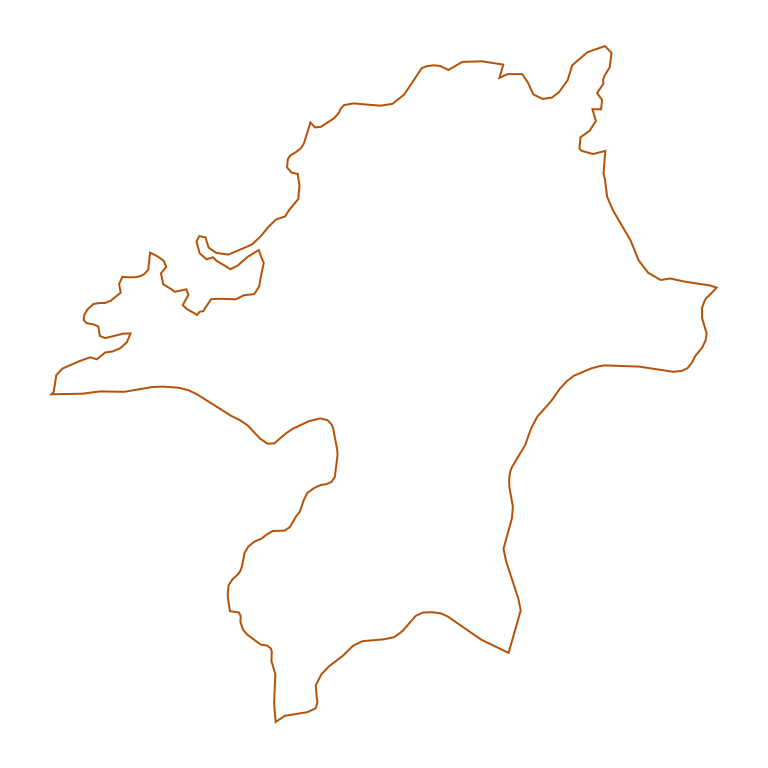 SVG path tracing the border of Fukuoka
{"feature_id": "JPN-1829", "entity_name": "Fukuoka", "entity_type": "Prefecture", "adm_level": 1, "iso_a3": "JPN", "parent_name": "Japan", "parent_adm1": "", "projection": "albers", "projection_center": [130.552, 33.473], "detail": "fine", "context": "isolated", "style": "outline", "palette": "amber", "viewbox_px": 768, "rotation_deg": 0, "n_neighbors": 0, "source": "natural_earth", "source_scale": "10m", "svg_char_len": 3393}
<svg xmlns="http://www.w3.org/2000/svg" viewBox="0 0 768 768"><path d="M51.4,394.3L53.7,391.8L56.3,375.1L62.4,368.6L80.0,360.9L90.2,357.3L96.7,359.3L102.9,354.4L105.1,352.5L112.5,351.5L120.3,348.2L126.9,342.2L130.5,333.5L123.5,333.6L105.2,338.1L99.8,335.9L98.4,326.5L93.4,324.4L86.4,323.1L83.7,319.9L84.2,315.1L87.4,309.5L93.5,304.0L99.3,303.0L104.9,303.0L110.8,300.7L120.7,292.6L119.1,284.1L122.4,276.8L128.7,277.3L135.1,277.2L140.1,276.3L144.2,274.1L148.2,269.9L150.1,252.6L157.2,256.2L163.6,260.7L166.3,266.9L160.9,273.3L163.3,284.3L171.3,289.2L174.8,291.8L186.4,289.3L188.4,295.0L182.7,305.1L187.1,309.2L194.1,313.1L196.9,315.0L199.7,311.7L203.3,311.2L205.5,307.6L211.2,299.1L219.7,298.8L235.6,299.3L244.1,295.2L254.3,294.1L259.2,286.4L260.9,276.2L263.8,262.8L261.4,257.5L258.8,250.0L247.7,256.8L237.6,265.7L230.4,269.2L223.2,264.7L216.7,261.0L213.0,257.3L206.5,259.3L199.6,253.2L196.5,241.4L199.3,236.1L205.4,237.4L208.6,247.6L216.3,252.9L228.5,254.6L251.9,244.5L260.8,236.2L268.3,227.0L276.0,219.5L285.1,216.4L289.3,209.8L298.2,199.1L299.5,185.9L297.7,173.9L291.4,172.6L287.0,167.3L287.9,158.9L290.7,155.1L295.1,152.7L300.8,148.4L304.0,143.2L310.4,122.5L315.0,127.4L321.0,126.8L334.1,118.2L338.9,112.8L340.8,108.4L344.1,105.1L353.5,103.4L380.4,105.7L392.4,103.9L404.3,94.4L421.6,68.4L426.1,66.3L433.4,65.3L440.1,65.9L448.3,70.0L462.3,61.9L481.8,61.3L503.3,64.6L499.4,77.8L507.7,74.1L522.2,74.1L527.8,82.4L533.3,94.4L542.5,98.9L551.9,97.6L559.0,92.2L567.7,80.0L572.2,65.3L587.6,52.1L604.9,46.1L611.5,52.8L609.7,67.3L604.6,75.6L603.1,79.8L603.4,83.8L597.1,93.0L602.1,100.1L601.0,109.3L592.4,109.2L594.4,115.9L595.9,121.0L592.3,126.5L589.7,130.7L580.5,137.2L579.6,146.2L579.5,148.8L582.0,151.0L593.1,154.0L605.3,150.9L603.5,173.8L604.9,178.9L607.1,196.7L612.9,210.2L630.7,240.7L638.6,260.3L648.2,272.8L660.6,280.0L670.3,278.5L685.1,281.7L709.6,285.4L716.6,287.6L713.3,291.3L706.0,298.4L704.4,301.4L702.0,307.8L702.1,318.0L706.7,333.8L705.6,340.3L702.2,347.5L695.3,356.0L692.0,362.5L687.7,368.0L682.1,370.8L673.4,371.8L639.0,366.6L604.7,365.4L599.4,366.2L591.2,368.4L574.0,375.7L566.9,381.1L559.8,388.8L551.4,400.8L537.2,416.8L530.9,428.9L525.3,444.8L511.9,467.2L510.3,471.6L509.5,475.6L509.1,481.3L509.4,487.4L512.9,506.7L511.9,518.4L503.5,548.8L506.1,561.3L518.4,598.9L520.7,610.4L508.6,652.9L481.1,639.6L447.6,616.4L440.3,613.2L431.7,612.2L422.7,612.6L415.7,615.9L402.4,631.1L394.4,637.1L384.0,639.3L362.3,641.2L353.0,645.8L343.1,655.5L328.9,666.4L321.1,674.7L315.8,685.3L316.7,697.5L317.5,701.9L316.1,706.9L315.4,708.4L307.2,712.2L284.9,715.8L275.8,721.8L275.7,721.9L274.1,703.7L275.3,674.0L271.4,660.8L271.8,652.0L270.9,648.5L267.6,645.8L264.6,645.1L261.6,644.8L259.1,643.4L247.2,634.6L243.1,629.8L240.4,621.9L240.7,616.0L238.8,612.4L230.0,611.2L228.3,601.0L227.7,594.0L228.6,585.2L232.6,579.2L237.5,574.8L240.0,571.6L242.0,566.4L244.6,552.8L248.4,546.5L253.9,541.9L261.6,538.5L267.2,534.2L272.7,531.0L284.5,530.6L289.8,527.2L296.5,515.8L299.8,511.7L303.8,500.1L307.3,492.9L314.1,488.0L320.9,484.9L326.5,484.1L331.5,481.9L334.8,477.1L337.5,455.3L337.3,450.3L333.1,428.1L331.8,424.8L327.6,420.2L320.4,418.4L309.0,421.1L292.9,428.7L286.0,433.3L274.3,443.4L267.5,443.7L259.9,438.5L247.7,425.4L239.8,420.1L231.2,415.9L196.5,394.0L188.1,390.1L178.8,387.7L162.7,386.6L151.9,387.1L124.2,391.8L100.0,391.4L82.6,393.7L51.5,394.3L51.4,394.3Z" fill="none" stroke="#b45309" stroke-width="2"/></svg>